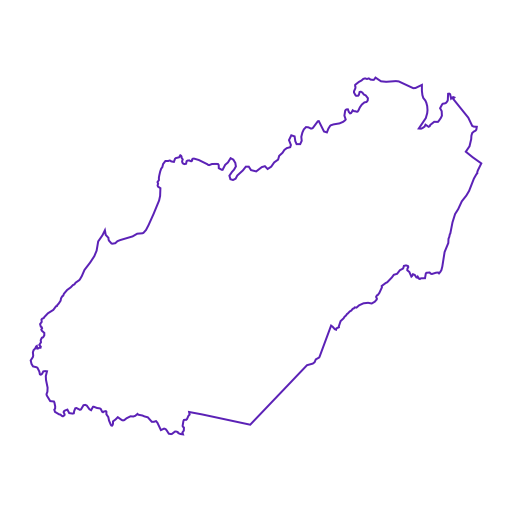 Matuga, Coast, Kenya
{"feature_id": "3690345B44835557589557", "entity_name": "Matuga", "entity_type": "district", "adm_level": 2, "iso_a3": "KEN", "parent_name": "Kenya", "parent_adm1": "Coast", "projection": "natural_earth1", "projection_center": [39.399, -4.239], "detail": "fine", "context": "isolated", "style": "outline", "palette": "violet", "viewbox_px": 512, "rotation_deg": 0, "n_neighbors": 0, "source": "geoboundaries", "source_scale": "gbopen_adm2", "svg_char_len": 5973}
<svg xmlns="http://www.w3.org/2000/svg" viewBox="0 0 512 512"><path d="M33.6,350.1L32.9,352.3L33.2,355.7L32.8,357.2L30.7,360.4L31.5,363.9L33.0,366.4L36.7,367.3L37.5,367.9L39.3,371.5L39.9,374.3L40.8,374.7L42.1,373.8L43.3,371.4L45.2,371.1L47.0,371.3L45.8,376.1L46.0,379.9L47.6,387.7L47.4,391.7L46.5,394.2L46.8,395.5L50.2,401.1L53.9,401.5L54.4,402.5L55.2,406.4L55.1,408.6L54.3,409.7L55.0,411.9L59.2,414.4L60.5,414.6L61.7,415.8L62.9,416.3L64.4,415.3L64.6,414.3L63.6,412.1L64.2,411.0L65.3,410.4L67.4,409.6L69.2,413.1L72.7,413.6L73.8,413.3L74.2,411.0L75.3,408.3L76.4,408.0L79.9,409.8L81.0,409.4L83.5,405.2L85.3,404.9L86.8,405.6L89.4,409.2L91.1,410.2L93.0,406.8L93.7,406.7L97.0,408.0L99.8,408.4L100.7,408.9L102.2,411.8L103.0,412.2L103.7,411.6L105.8,411.1L106.4,411.7L106.4,414.3L108.3,417.1L109.0,420.5L110.7,424.5L111.2,425.4L112.0,425.7L112.7,424.8L113.0,423.6L113.0,421.4L115.5,419.5L117.8,417.2L121.9,420.1L123.0,420.4L124.3,420.1L126.5,418.3L130.5,416.3L133.3,416.5L135.3,415.8L137.5,413.9L138.2,414.7L142.4,415.5L144.4,416.4L147.8,417.3L151.8,421.8L153.9,421.8L156.0,421.1L157.4,422.7L160.9,430.1L164.1,428.6L165.0,428.9L165.8,429.3L166.9,430.7L168.8,433.7L171.1,434.1L172.1,433.8L174.9,431.6L175.9,431.5L177.7,432.0L178.3,433.1L180.4,434.0L183.0,434.4L182.4,432.5L183.8,430.6L183.9,428.5L183.9,427.5L183.0,426.8L182.6,426.0L183.4,421.1L183.9,420.0L185.2,419.7L186.0,419.9L186.9,419.2L188.5,415.7L189.6,414.6L189.1,412.0L202.0,414.4L250.2,424.7L307.0,365.2L312.8,363.6L314.6,362.2L315.8,359.4L319.0,357.6L319.5,356.9L331.1,325.6L332.7,326.8L334.8,329.2L336.1,329.7L336.5,328.3L338.9,327.3L338.8,326.4L340.6,321.1L343.6,318.3L344.5,316.8L346.0,315.5L347.0,314.0L347.7,313.6L349.8,311.4L351.3,310.6L352.7,308.8L353.9,308.4L354.7,307.4L356.5,307.6L359.1,305.3L363.5,303.3L368.1,302.8L371.7,303.5L374.8,301.7L376.7,299.5L376.9,298.7L376.1,296.9L376.9,295.4L377.8,295.0L379.3,293.0L381.9,287.4L381.7,286.0L385.7,283.0L387.2,282.3L391.9,277.4L393.8,274.8L397.1,273.8L399.9,270.2L402.8,268.7L403.3,268.0L403.9,265.9L406.0,265.4L407.9,266.0L408.3,267.0L407.4,268.8L407.3,270.3L409.3,271.9L411.4,276.6L412.1,276.0L413.0,274.2L414.8,275.0L416.4,277.4L417.4,277.7L417.8,276.8L419.1,278.8L419.9,279.0L420.4,278.5L421.3,278.3L425.0,278.2L425.8,273.6L426.4,272.8L429.6,272.5L430.6,273.6L431.9,274.0L436.0,272.7L438.1,272.5L439.0,273.4L440.3,271.9L441.4,270.1L442.3,266.6L444.6,252.0L448.3,243.0L448.5,238.8L449.3,236.8L449.8,234.3L450.3,233.5L452.5,222.3L455.1,214.0L458.2,209.1L461.8,201.3L466.3,195.6L469.1,190.9L473.9,178.6L476.4,174.2L477.3,173.3L477.2,172.4L477.8,170.5L481.3,163.4L472.6,157.2L465.8,151.7L469.5,146.3L471.2,139.1L471.4,135.7L472.2,133.0L473.9,131.5L475.5,130.7L476.3,129.7L476.8,126.8L473.7,126.6L472.2,125.9L468.3,117.7L453.1,98.8L454.3,97.5L453.4,97.1L452.4,97.4L451.1,98.6L450.1,94.2L449.2,93.6L448.1,93.8L447.8,100.1L447.3,101.3L446.1,102.8L444.9,103.4L442.9,103.7L442.2,104.3L440.1,108.2L441.7,111.2L441.9,115.7L440.8,118.0L439.0,120.6L437.9,121.9L434.2,121.8L430.3,124.9L429.7,126.2L428.6,126.8L425.5,124.7L424.6,126.6L422.6,128.0L421.0,128.7L418.8,128.5L425.8,118.1L427.2,113.2L427.5,110.1L427.2,106.1L426.3,102.7L425.3,100.5L423.3,98.0L422.4,95.1L421.9,90.9L421.9,84.9L415.5,88.0L413.3,88.2L398.7,81.4L395.8,81.1L386.2,81.8L381.0,81.3L375.5,77.6L374.1,79.6L373.3,79.9L370.6,79.6L368.8,78.4L367.0,79.0L365.1,78.4L363.3,78.9L361.5,80.5L358.9,81.9L355.2,84.8L355.1,86.0L355.5,87.0L355.3,88.4L354.0,91.3L354.0,92.5L355.4,95.1L356.1,95.8L358.2,95.7L358.9,94.8L359.6,92.0L360.8,91.7L362.4,92.6L363.8,94.5L365.7,95.4L367.9,98.2L367.7,100.5L367.1,101.3L366.5,102.0L364.4,102.4L361.8,104.6L359.9,107.3L358.3,110.7L357.5,111.7L356.4,111.7L355.6,111.3L354.0,111.2L352.7,110.3L351.6,112.3L351.0,113.1L350.1,113.4L348.8,111.9L347.9,109.3L346.9,109.3L345.8,109.8L345.2,110.7L344.4,115.6L345.7,119.5L345.2,120.2L343.2,121.8L339.5,123.4L333.5,124.4L330.8,125.3L330.1,125.9L328.4,128.6L326.9,132.4L324.0,131.5L318.8,121.1L317.8,121.3L312.9,127.9L312.1,128.4L311.0,128.6L308.3,127.3L306.0,127.1L303.8,129.4L302.4,132.5L301.3,136.8L301.7,140.8L300.2,144.1L296.6,144.1L295.3,141.2L294.6,136.4L291.3,135.3L289.0,140.1L290.9,145.0L290.2,147.2L286.8,148.1L284.4,149.9L282.5,152.8L279.2,155.8L278.1,159.6L274.2,162.4L271.2,166.7L267.6,169.0L264.9,166.2L261.8,167.1L256.2,171.4L251.0,170.1L248.8,166.7L245.8,166.7L242.9,170.4L237.3,175.5L235.6,178.7L233.0,180.0L230.4,179.2L229.4,175.7L232.0,171.9L234.0,169.7L235.9,166.4L235.3,162.9L233.3,159.6L230.6,158.2L227.9,162.5L225.2,164.8L222.6,169.8L221.8,169.8L218.8,168.2L218.7,165.1L218.1,164.1L216.9,163.9L212.0,164.0L209.2,165.1L208.2,164.9L207.3,164.2L198.8,160.0L194.0,158.6L192.9,158.7L192.1,159.4L192.1,160.6L191.5,161.2L190.4,161.1L189.4,160.4L187.5,160.6L186.6,161.2L186.1,163.7L184.5,164.1L183.3,163.7L182.4,162.7L182.1,161.3L182.7,159.4L181.5,157.6L181.5,156.5L181.1,155.8L180.3,155.3L179.1,157.3L175.8,158.1L175.0,158.8L173.9,161.9L171.2,161.4L170.4,160.7L169.5,160.5L168.3,161.0L165.4,161.0L163.1,164.0L162.3,167.2L161.2,168.6L160.2,171.5L159.3,175.3L158.9,177.6L158.9,180.1L157.5,182.1L158.1,183.6L157.6,185.5L158.0,186.6L160.4,188.2L160.1,196.0L159.1,200.5L153.5,214.1L148.5,225.2L146.0,230.0L143.4,232.9L142.3,233.3L137.2,233.7L132.6,236.4L120.1,240.1L117.4,241.2L115.3,243.2L112.5,243.7L111.5,243.5L109.1,240.8L108.6,239.8L108.4,237.8L105.7,234.9L104.9,230.3L102.5,235.2L98.2,241.4L96.6,250.7L94.3,256.2L90.1,262.6L84.5,269.9L81.8,276.1L80.0,279.2L79.3,280.1L75.6,282.7L74.4,284.4L72.9,285.1L70.8,287.3L67.1,290.0L63.9,293.8L63.2,295.7L62.4,296.1L61.6,297.3L61.0,298.5L60.6,300.7L58.6,303.7L57.4,304.9L57.1,305.9L56.0,306.3L53.3,309.9L47.9,313.3L44.3,317.1L43.7,318.1L42.2,318.7L41.5,319.5L41.7,321.9L40.1,324.1L40.8,326.7L41.7,327.2L42.1,328.3L41.3,329.5L41.8,330.7L44.3,332.9L44.3,335.3L43.4,336.9L42.8,337.5L41.9,337.7L41.4,338.6L40.7,340.3L41.0,342.2L39.3,344.9L40.8,346.7L40.5,347.7L39.7,347.5L38.1,348.5L37.3,348.6L36.8,346.0L36.1,346.5L35.2,348.5L33.6,350.1Z" fill="none" stroke="#5b21b6" stroke-width="2"/></svg>